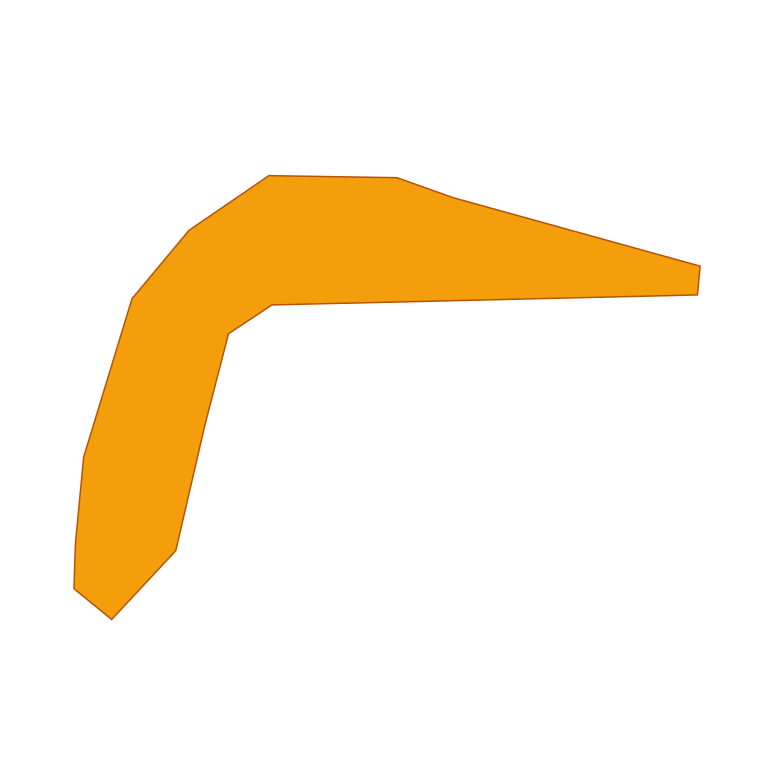 Malé, Albers equal-area conic projection, rotated 176°
{"feature_id": "MDV-5234", "entity_name": "Malé", "entity_type": "Capital", "adm_level": 1, "iso_a3": "MDV", "parent_name": "Maldives", "parent_adm1": "", "projection": "albers", "projection_center": [73.515, 4.203], "detail": "fine", "context": "isolated", "style": "filled", "palette": "amber", "viewbox_px": 768, "rotation_deg": 176, "n_neighbors": 0, "source": "natural_earth", "source_scale": "10m", "svg_char_len": 361}
<svg xmlns="http://www.w3.org/2000/svg" viewBox="0 0 768 768"><g transform="rotate(176 384 384)"><path d="M672.1,168.1L707.6,201.4L702.9,246.6L688.7,332.1L629.4,486.7L567.8,550.9L484.3,599.9L356.7,588.9L302.2,565.1L60.4,479.5L65.1,451.0L490.3,470.7L535.6,445.0L565.4,355.9L603.3,232.3L672.1,168.1Z" fill="#f59e0b" stroke="#b45309" stroke-width="1.5"/></g></svg>